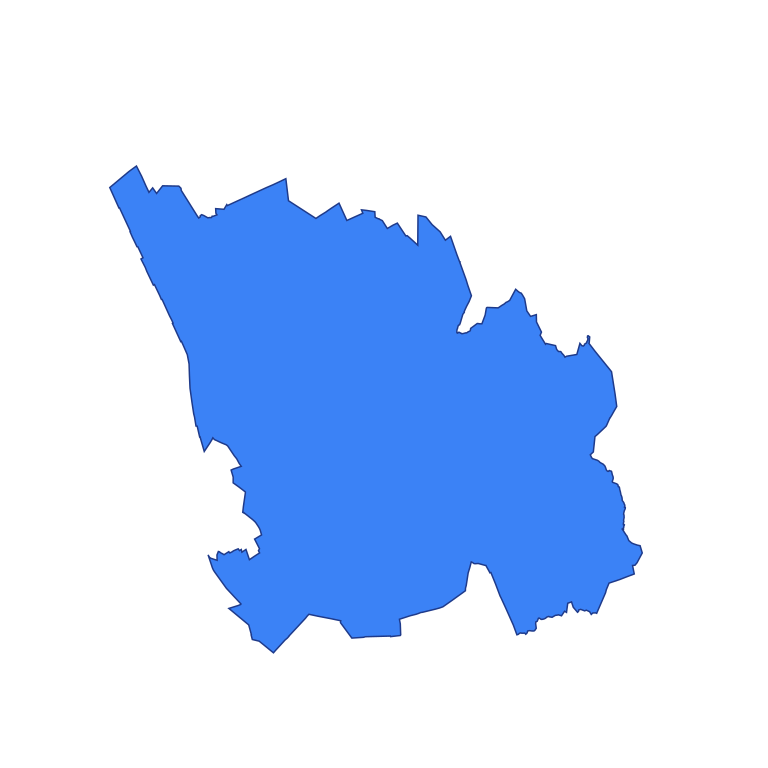 outline of Beļavas pag., Gulbene, Latvia, rotated 72°
{"feature_id": "27541924B57047213850381", "entity_name": "Beļavas pag.", "entity_type": "district", "adm_level": 2, "iso_a3": "LVA", "parent_name": "Latvia", "parent_adm1": "Gulbene", "projection": "robinson", "projection_center": [26.768, 57.248], "detail": "fine", "context": "isolated", "style": "filled", "palette": "blue", "viewbox_px": 768, "rotation_deg": 72, "n_neighbors": 0, "source": "geoboundaries", "source_scale": "gbopen_adm2", "svg_char_len": 6134}
<svg xmlns="http://www.w3.org/2000/svg" viewBox="0 0 768 768"><g transform="rotate(72 384 384)"><path d="M615.7,493.1L618.6,481.7L618.6,479.8L625.7,455.8L626.3,455.8L628.2,446.3L627.8,445.7L627.4,445.5L626.5,445.3L617.1,442.6L613.7,442.2L612.5,442.0L612.5,430.6L612.9,424.9L612.9,422.3L612.7,419.5L613.0,418.1L614.0,404.7L614.2,400.4L614.1,396.8L611.0,386.7L605.8,370.5L603.2,369.5L601.1,368.1L589.8,362.4L584.9,359.0L580.2,356.0L581.1,355.0L582.6,353.9L582.8,353.5L583.1,352.8L583.7,350.3L583.9,349.7L587.4,344.4L587.9,343.6L588.1,343.1L588.5,343.1L596.3,341.6L596.2,341.3L596.3,340.6L608.7,339.7L621.6,339.1L623.4,338.8L634.4,337.5L653.3,335.5L663.6,335.1L663.6,333.7L663.0,332.2L663.0,331.6L662.9,331.2L663.0,330.9L663.5,330.1L664.0,328.7L664.4,327.1L664.6,327.0L665.8,326.5L665.2,325.2L664.8,324.7L663.4,323.7L663.3,323.4L663.5,322.0L663.7,321.4L664.4,320.1L665.1,318.2L665.2,317.5L665.0,316.9L664.6,316.2L663.6,315.0L663.4,314.7L658.7,313.8L657.2,313.1L657.0,311.6L654.5,309.5L654.6,308.7L656.4,307.3L656.7,306.4L656.9,304.6L656.7,302.8L656.0,301.1L655.9,299.5L656.1,299.0L656.3,298.7L656.5,298.7L657.8,296.2L657.0,292.6L657.5,289.6L657.4,289.5L659.3,286.8L655.9,282.5L657.6,281.0L649.3,277.0L649.2,273.0L654.8,273.0L660.9,270.5L660.4,269.3L659.1,268.6L659.1,266.6L661.8,263.2L661.6,261.5L664.1,258.8L667.2,258.1L666.3,256.2L667.1,253.4L667.8,252.6L651.0,237.8L648.3,236.1L642.9,231.5L642.8,220.1L642.4,213.3L642.0,204.7L633.4,203.7L633.9,201.3L632.2,198.6L624.5,190.6L616.9,190.4L615.6,192.7L613.9,195.0L612.9,196.3L611.6,197.7L608.8,199.4L608.2,199.6L603.6,199.9L602.2,200.5L597.6,201.7L595.6,202.3L595.5,202.2L596.3,201.6L596.4,201.2L594.7,200.7L594.6,200.4L593.6,200.0L592.6,199.2L592.2,198.9L592.0,199.0L592.1,199.6L591.9,199.8L590.3,199.3L588.7,198.3L587.7,198.3L585.2,196.9L582.7,196.2L582.0,196.4L580.9,195.9L578.9,194.7L577.7,193.6L576.9,193.0L576.1,192.7L575.5,193.4L575.3,193.3L575.0,192.8L573.4,192.4L572.7,192.6L570.9,192.6L568.4,193.4L565.9,192.8L564.2,192.7L562.6,192.9L559.7,192.5L557.2,192.4L555.5,192.1L554.8,192.1L554.5,192.2L554.0,192.9L552.5,192.7L551.8,192.8L551.3,193.2L550.8,193.6L548.2,196.9L547.5,197.1L547.1,196.9L544.9,195.3L543.6,194.9L542.8,194.8L540.9,194.9L537.6,194.6L537.3,194.7L536.9,195.0L536.5,195.9L535.9,196.4L535.9,196.7L536.4,197.4L536.4,197.7L536.3,198.1L536.0,198.4L534.8,199.0L534.1,199.1L531.7,199.1L530.1,199.3L528.0,200.3L525.8,202.4L525.0,203.0L524.0,203.4L522.5,204.6L519.4,208.8L518.0,209.3L515.1,209.7L513.3,205.9L499.2,199.6L497.9,196.5L492.8,185.8L491.6,184.6L486.2,179.8L486.3,179.7L484.1,177.1L480.6,173.3L477.3,169.6L465.3,167.4L442.6,163.8L418.3,173.1L408.7,176.5L408.0,176.0L402.8,173.8L401.2,174.9L401.2,175.5L402.5,176.2L403.9,176.0L405.5,176.9L406.3,177.9L407.4,178.5L408.1,181.0L409.1,181.6L409.5,182.8L408.7,184.0L405.9,185.1L415.5,191.5L414.0,201.8L414.4,203.6L412.3,204.1L409.7,205.3L408.2,205.7L407.7,206.0L407.0,208.0L404.5,209.1L400.5,209.0L395.6,217.2L396.1,218.1L386.0,220.5L383.3,218.2L372.1,219.8L365.1,217.7L365.0,223.7L358.6,225.6L346.4,223.9L342.5,224.7L340.0,225.4L339.1,226.6L337.5,227.8L334.6,229.5L343.3,238.6L343.9,240.8L344.1,242.8L345.0,244.8L345.7,247.9L346.8,251.6L346.8,252.1L343.2,261.8L343.1,262.2L343.1,262.7L343.3,263.0L344.0,263.5L349.7,266.5L357.0,272.3L356.4,274.2L355.4,276.2L355.3,276.7L357.9,284.4L359.5,285.2L360.0,285.6L360.2,286.1L360.4,288.1L360.7,288.7L360.9,289.7L360.6,290.6L360.5,292.8L360.3,294.2L360.1,294.6L359.5,295.0L359.3,295.2L359.3,295.5L358.2,296.3L358.0,296.7L357.9,297.2L358.3,297.9L358.3,298.1L358.3,298.5L358.0,298.7L357.4,298.8L355.0,297.9L353.7,296.8L352.9,296.4L351.4,295.3L351.1,295.0L351.1,293.9L349.7,292.7L342.1,287.5L340.7,285.5L340.2,285.5L338.5,284.1L335.4,281.2L331.9,277.6L327.1,273.6L315.6,273.8L310.1,273.7L292.1,274.3L291.8,274.1L291.8,274.3L283.5,274.7L264.1,275.1L266.2,281.2L256.6,283.6L247.3,289.0L238.1,292.5L234.0,299.5L262.4,309.0L253.2,314.2L250.1,316.1L249.9,317.5L235.1,321.6L235.7,326.3L237.1,332.8L228.1,335.1L225.7,337.6L225.3,337.7L225.1,338.4L222.7,340.9L217.3,339.5L213.6,346.8L211.4,351.6L215.1,351.4L215.9,359.0L217.0,368.8L198.1,370.9L200.6,380.0L201.9,384.4L202.5,386.2L204.1,392.8L205.5,397.6L180.2,418.2L158.4,413.9L160.2,427.9L160.9,435.4L165.9,477.8L164.8,478.1L168.4,482.2L165.2,489.9L169.6,491.1L171.5,490.6L171.7,494.6L171.3,495.6L172.3,496.5L172.3,497.2L171.9,497.9L171.5,500.2L168.1,503.3L166.6,505.1L167.2,506.8L168.2,507.0L168.9,508.9L166.7,509.6L137.3,517.0L135.1,516.6L132.4,518.0L127.1,533.3L132.5,541.4L126.0,543.4L129.1,548.3L122.3,549.2L111.6,550.3L100.2,552.1L102.1,558.0L103.2,561.2L112.4,584.1L134.7,581.7L134.7,581.1L160.4,578.0L160.6,578.5L166.7,577.9L171.7,577.2L177.1,576.5L177.5,575.7L189.5,574.2L190.0,576.5L199.5,575.0L203.4,574.8L218.7,572.8L218.5,571.6L230.4,570.0L234.8,569.6L235.0,568.9L252.9,566.9L257.8,566.1L260.9,565.8L261.0,566.5L280.9,564.2L280.7,563.5L285.0,563.0L295.3,562.0L304.7,563.2L316.1,566.5L328.1,569.8L342.1,572.3L353.6,574.2L356.8,574.4L365.9,575.8L366.4,574.7L377.4,575.7L377.4,575.3L392.6,575.8L386.3,567.8L383.9,565.0L382.3,563.4L384.4,562.5L389.8,556.7L393.1,552.8L394.6,551.8L405.9,548.6L409.6,547.2L414.7,546.3L418.2,545.2L418.3,553.5L418.6,556.0L425.9,556.2L431.4,558.0L437.0,553.9L443.8,549.2L444.7,549.5L457.1,555.6L462.4,558.0L463.4,557.1L463.1,557.0L472.6,550.7L475.1,549.3L476.6,548.7L480.9,547.5L482.8,547.1L484.7,546.9L489.7,547.1L491.5,555.0L502.2,553.3L503.7,554.9L506.2,554.5L507.8,560.5L509.5,566.3L498.7,566.4L500.0,571.1L497.3,570.9L497.8,572.9L495.7,573.6L495.9,576.3L496.1,578.3L496.3,579.2L496.7,580.5L497.0,582.6L497.0,582.9L496.7,583.1L495.5,583.4L496.9,588.9L495.4,590.1L494.8,590.9L492.5,592.6L492.1,593.3L495.0,595.7L500.1,597.2L496.1,602.7L494.9,603.5L492.9,604.0L492.1,604.1L505.8,604.0L507.9,603.8L510.0,603.3L529.7,597.0L549.0,588.0L549.4,588.4L549.6,590.9L549.5,600.9L571.3,587.1L581.4,587.6L581.5,587.9L586.3,588.2L590.0,582.2L605.5,572.2L603.8,569.4L596.9,557.2L595.8,554.5L594.7,552.6L594.6,552.4L594.4,552.4L582.5,531.0L581.2,529.1L579.8,526.6L584.6,518.3L590.7,507.2L595.8,498.3L596.8,498.9L597.5,499.1L598.0,499.0L615.7,493.1Z" fill="#3b82f6" stroke="#1e3a8a" stroke-width="1.5"/></g></svg>